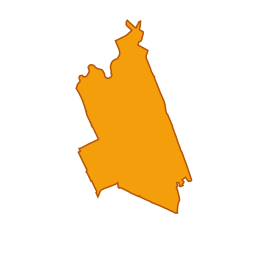 outline of Plesoiu, Olt, Romania, rotated 245°
{"feature_id": "2599482B90563083488739", "entity_name": "Plesoiu", "entity_type": "district", "adm_level": 2, "iso_a3": "ROU", "parent_name": "Romania", "parent_adm1": "Olt", "projection": "equal_earth", "projection_center": [24.24, 44.477], "detail": "fine", "context": "isolated", "style": "filled", "palette": "amber", "viewbox_px": 256, "rotation_deg": 245, "n_neighbors": 0, "source": "geoboundaries", "source_scale": "gbopen_adm2", "svg_char_len": 5675}
<svg xmlns="http://www.w3.org/2000/svg" viewBox="0 0 256 256"><g transform="rotate(245 128 128)"><path d="M225.9,173.0L225.9,172.8L225.8,172.5L225.6,172.2L225.4,172.0L225.2,171.8L225.1,171.6L224.1,170.8L223.4,170.6L222.9,170.2L222.7,170.1L222.3,170.1L222.0,170.2L221.6,170.3L221.1,170.2L220.8,170.3L214.9,172.8L212.6,165.5L212.3,153.4L206.9,153.3L203.6,153.1L202.1,153.0L200.3,152.5L198.8,151.9L197.9,151.1L196.8,150.0L195.4,147.6L195.5,145.4L195.5,144.1L195.0,142.1L194.3,141.0L193.6,140.0L192.9,139.8L191.9,138.6L190.3,137.7L189.3,137.4L188.4,137.3L185.6,136.5L184.8,135.8L184.3,135.6L184.0,135.8L183.8,136.0L183.5,136.0L183.2,136.0L182.6,135.5L181.8,134.5L181.3,133.7L181.2,132.9L181.2,131.6L181.4,131.1L181.8,130.5L183.0,129.4L183.8,129.1L184.7,128.9L185.3,129.0L185.8,129.2L187.3,129.5L189.9,129.4L191.6,129.1L192.2,128.5L192.9,127.7L193.4,127.1L193.7,126.7L194.1,126.1L194.5,125.6L195.3,125.2L196.5,124.2L197.3,123.9L198.0,123.9L198.7,123.6L199.7,123.0L200.4,122.0L200.9,121.1L201.2,120.4L201.0,119.3L200.4,118.0L199.5,117.4L198.3,117.5L198.1,117.5L197.2,117.1L196.6,117.2L196.4,117.2L196.1,117.1L195.9,117.0L195.7,116.8L195.5,116.5L193.6,114.3L192.8,112.9L192.6,112.6L192.5,111.2L192.7,110.4L193.0,109.5L193.3,109.2L193.8,109.0L194.3,109.0L194.8,109.0L195.0,108.8L195.1,108.5L195.3,108.0L195.5,107.2L195.6,106.8L195.6,106.4L195.4,105.9L195.1,105.6L194.3,104.9L193.6,104.7L193.1,104.7L192.7,104.6L192.3,104.6L192.0,104.7L191.3,104.5L190.8,104.3L190.3,103.8L190.0,103.2L189.8,102.6L189.7,102.2L188.8,100.7L188.2,100.0L187.8,99.9L187.2,99.4L186.7,98.8L186.2,98.1L186.0,97.8L185.5,97.9L184.9,97.9L180.4,98.4L178.0,98.4L175.6,98.5L174.7,98.5L170.5,98.3L169.6,98.1L165.4,97.7L162.9,97.3L161.5,97.2L161.0,97.3L161.0,97.0L160.9,96.9L157.8,96.5L157.8,96.4L156.4,96.3L155.5,96.3L154.7,96.2L153.9,96.2L151.9,96.3L151.7,96.3L151.0,96.3L149.7,96.2L149.4,96.1L148.8,96.2L145.6,96.2L145.6,95.9L145.1,95.9L144.3,96.0L143.9,96.1L143.5,96.2L143.2,96.4L142.7,96.4L139.6,96.5L136.1,96.5L135.4,96.5L132.3,96.5L130.3,96.5L130.2,95.8L130.1,94.2L130.2,93.5L130.2,91.8L130.1,89.8L130.1,88.9L130.1,87.7L130.1,87.1L130.1,86.8L130.1,85.8L130.1,83.7L130.0,83.4L129.9,83.3L129.9,82.5L129.9,81.3L129.9,81.2L129.8,80.4L129.8,79.7L129.7,77.3L129.8,76.4L129.8,75.3L129.9,75.2L130.0,75.1L129.5,75.0L129.3,74.9L127.1,75.0L127.1,74.8L127.0,74.1L127.1,73.1L127.1,72.8L122.9,72.8L114.7,72.9L114.3,72.9L114.2,73.0L112.1,73.0L110.9,73.0L108.8,73.0L108.0,73.0L107.8,73.1L107.4,73.1L107.1,73.0L106.4,72.1L106.2,71.9L106.0,71.5L105.9,71.5L105.6,71.5L104.7,72.0L95.4,72.0L95.4,72.7L83.5,72.8L83.4,72.6L83.0,72.4L82.9,72.2L82.8,71.9L82.8,71.7L78.3,71.6L79.3,72.8L80.4,73.9L81.1,74.7L82.4,76.1L82.8,76.6L83.0,77.3L83.1,78.0L83.1,78.9L83.1,79.7L83.2,80.0L83.1,81.6L83.0,82.9L82.9,84.1L82.8,86.1L82.6,87.6L82.4,91.3L82.4,91.5L82.3,93.1L82.3,93.5L82.3,94.2L82.3,94.7L82.4,95.0L82.6,95.4L81.7,95.2L81.0,95.0L79.9,94.6L79.0,94.2L78.6,94.2L78.8,94.4L77.6,94.7L77.4,94.7L77.4,94.8L77.3,95.0L77.4,95.5L76.0,96.8L75.4,97.3L75.0,97.7L72.7,99.6L70.4,101.4L68.9,102.5L67.8,103.2L61.2,108.9L60.9,109.4L61.4,109.5L61.3,109.8L60.5,109.8L60.3,110.0L59.2,110.9L58.3,111.5L57.6,112.2L56.4,113.2L54.7,114.6L53.4,115.8L52.9,116.3L52.7,116.5L51.5,117.4L50.2,118.1L49.3,119.2L47.9,120.5L46.0,122.2L45.1,123.1L43.4,124.5L42.5,125.4L42.4,125.5L41.9,125.9L40.3,127.2L37.3,129.9L35.4,131.3L32.9,133.5L32.6,133.8L32.4,134.0L32.1,134.2L31.9,134.3L31.7,134.4L30.8,135.0L30.7,135.4L30.6,135.7L30.4,136.1L30.1,136.6L30.1,136.9L30.5,137.2L30.9,137.2L31.3,137.5L31.8,137.6L32.4,137.8L32.7,137.9L34.5,139.1L36.6,140.3L39.6,142.7L40.2,143.4L40.6,144.1L41.5,144.5L41.8,144.5L42.2,144.7L42.7,144.8L43.3,145.1L47.6,145.9L48.7,146.2L49.0,146.1L50.5,146.6L52.8,146.5L52.9,146.9L54.2,147.0L54.4,148.7L56.6,148.6L57.6,148.8L57.6,150.0L57.2,150.9L54.9,150.7L53.0,150.4L52.7,150.9L52.7,153.7L53.9,153.4L54.4,154.3L54.9,155.3L55.0,155.5L55.6,155.9L56.5,155.6L58.2,155.1L58.3,155.6L58.4,156.0L58.6,157.0L58.8,158.3L59.0,159.3L56.0,159.8L55.0,160.0L54.4,160.1L54.1,160.3L53.9,160.6L53.5,162.2L53.5,162.9L53.6,163.3L54.0,163.6L54.6,163.8L55.3,163.8L56.0,163.9L56.9,164.0L60.0,164.3L61.3,164.5L63.7,164.7L69.0,165.4L72.9,165.7L77.5,166.1L81.9,166.5L84.6,166.6L84.7,166.4L84.9,166.4L85.9,166.4L87.8,166.7L88.3,166.7L90.0,166.9L91.2,167.0L91.9,167.0L94.2,167.2L95.2,167.4L96.7,167.5L99.2,167.8L100.7,168.0L105.5,168.3L108.8,168.6L110.1,168.8L110.3,169.0L111.4,169.1L113.5,169.2L113.8,169.2L116.3,169.4L117.8,169.4L118.4,169.4L123.2,169.6L123.4,169.6L123.5,169.5L123.9,169.5L124.3,169.4L124.9,169.2L125.2,169.2L126.1,169.4L126.6,169.4L127.0,169.4L127.3,169.5L128.4,169.8L128.6,169.9L132.1,170.9L133.1,171.2L133.3,171.4L135.0,171.6L135.3,171.7L135.6,171.8L137.9,172.0L139.2,172.1L140.0,172.0L141.2,172.1L142.8,172.1L145.3,172.1L156.4,172.8L158.1,172.8L160.4,172.9L161.3,173.0L161.8,173.1L162.8,173.6L163.1,173.6L163.7,173.6L165.0,173.1L165.5,173.0L165.8,173.0L166.1,173.0L166.5,173.3L167.0,173.3L167.6,173.2L168.1,173.1L168.9,173.0L169.9,173.1L170.5,173.2L171.5,173.3L172.1,173.4L172.8,173.5L174.8,173.6L175.4,173.6L175.9,173.6L178.3,173.8L184.2,174.1L186.1,175.3L186.5,175.7L188.2,177.3L189.9,178.8L199.0,172.1L199.5,172.6L199.8,172.8L200.6,173.5L200.8,173.6L201.4,174.2L201.4,174.4L201.4,175.1L201.3,175.7L201.3,176.1L201.4,176.3L201.7,176.9L201.8,177.1L202.2,177.6L202.5,178.0L203.6,178.7L205.3,180.1L206.1,180.8L207.1,181.7L207.5,181.9L207.8,182.0L208.1,182.0L208.8,182.2L208.9,182.3L211.6,180.4L212.1,180.0L213.0,180.4L213.6,180.7L214.3,181.3L214.6,181.6L215.4,182.2L217.5,183.4L219.0,184.3L219.5,184.5L219.6,182.9L215.9,178.1L215.4,177.5L217.1,176.4L225.3,173.1L225.5,173.1L225.8,173.1L225.9,173.0Z" fill="#f59e0b" stroke="#b45309" stroke-width="1.5"/></g></svg>